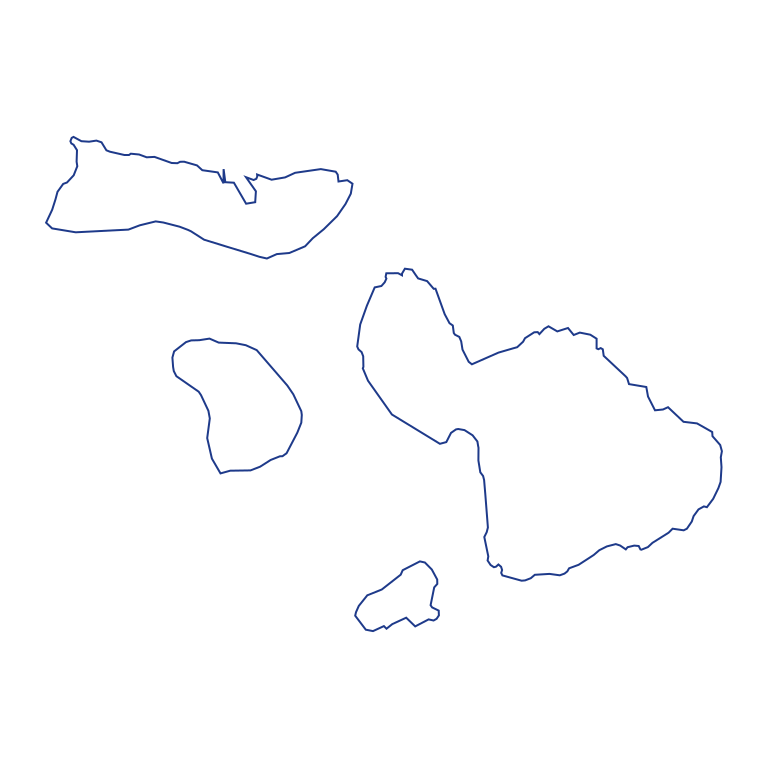 Maui, Hawaii, United States of America
{"feature_id": "52423323B70973006487009", "entity_name": "Maui", "entity_type": "district", "adm_level": 2, "iso_a3": "USA", "parent_name": "United States of America", "parent_adm1": "Hawaii", "projection": "equal_earth", "projection_center": [-156.639, 20.866], "detail": "fine", "context": "isolated", "style": "outline", "palette": "blue", "viewbox_px": 768, "rotation_deg": 0, "n_neighbors": 0, "source": "geoboundaries", "source_scale": "gbopen_adm2", "svg_char_len": 3482}
<svg xmlns="http://www.w3.org/2000/svg" viewBox="0 0 768 768"><path d="M357.2,346.5L358.5,349.4L361.6,352.1L363.2,356.3L363.4,366.9L362.8,368.3L368.0,380.7L391.9,414.5L439.9,443.8L446.3,442.1L451.0,432.9L456.0,429.4L458.2,429.0L464.5,430.1L472.6,435.3L477.4,441.5L478.1,445.8L478.5,447.8L478.4,460.5L480.3,472.3L483.1,476.0L484.1,480.0L485.3,494.2L487.9,527.5L486.7,532.2L484.3,537.0L488.3,556.4L487.6,560.5L490.6,565.0L493.9,567.2L496.0,566.7L498.4,564.5L501.1,566.8L501.4,567.8L502.1,570.0L501.2,572.9L502.4,575.4L521.6,580.7L525.1,580.4L530.8,578.2L534.8,574.8L549.5,573.9L559.8,575.3L564.5,573.6L567.3,571.4L569.1,568.3L578.6,564.8L588.5,558.4L593.7,555.0L599.3,550.2L606.9,546.4L615.8,544.1L620.1,545.5L625.8,549.4L627.6,547.2L634.2,545.6L638.7,546.0L640.4,549.4L641.4,549.7L647.9,547.1L652.5,542.8L668.6,532.7L672.6,528.7L683.7,530.3L686.9,528.7L691.8,521.5L693.6,516.1L698.5,509.4L703.9,506.4L706.9,507.2L713.2,498.8L718.4,488.1L720.6,481.9L721.5,467.2L720.8,457.3L721.9,451.2L720.2,445.0L712.5,436.2L712.2,432.0L697.0,423.4L683.5,421.8L668.0,407.2L663.0,409.5L655.0,410.3L648.0,396.5L646.3,387.0L629.0,384.1L627.1,378.0L625.7,376.4L603.7,355.8L602.8,349.3L600.7,348.1L598.3,349.2L596.6,348.4L596.6,338.7L590.3,334.7L579.8,332.6L573.7,335.0L568.0,328.0L557.3,331.4L548.5,326.3L544.3,328.8L539.4,334.1L537.7,332.1L534.2,332.3L525.0,338.2L523.1,341.7L517.2,347.2L512.9,348.4L498.5,352.6L484.4,358.8L471.9,364.3L469.1,362.1L468.7,361.8L462.5,349.6L461.2,341.4L459.3,336.9L455.0,334.7L453.8,333.0L452.8,325.5L449.5,323.2L444.7,314.2L435.5,288.7L433.7,288.8L427.1,281.1L418.1,278.4L415.7,275.0L412.1,269.7L404.9,268.7L402.0,273.6L402.0,275.3L398.1,273.2L386.3,273.3L385.6,276.9L386.4,278.6L384.7,282.3L381.4,286.0L374.7,287.4L366.9,305.7L360.2,324.5L357.2,346.5ZM197.0,165.4L184.1,161.7L180.1,161.8L177.4,163.2L171.7,163.0L154.5,156.9L146.7,157.3L139.1,154.5L130.8,153.7L129.0,155.0L124.4,155.0L109.9,151.7L106.4,150.3L101.5,142.3L96.4,140.6L89.1,141.7L81.4,141.2L73.5,136.9L71.7,137.9L70.4,141.2L71.3,143.4L73.6,144.8L77.0,150.2L76.6,161.7L77.3,166.2L73.7,175.3L67.0,182.5L63.2,183.9L57.5,191.8L55.5,199.3L52.2,209.7L46.1,222.7L52.1,228.4L75.7,232.3L128.4,229.6L139.8,225.3L155.7,221.4L163.3,222.5L179.6,226.7L188.0,229.9L191.0,231.3L204.1,239.7L227.8,247.0L250.8,254.0L259.4,256.8L266.9,258.5L276.8,254.1L289.3,253.0L305.1,246.3L312.8,238.2L323.8,229.2L337.1,216.1L345.5,204.0L350.8,193.7L352.5,183.7L347.3,180.2L338.5,181.5L337.7,174.6L335.7,171.7L320.8,169.1L295.1,172.8L285.1,177.4L271.6,179.7L257.1,174.5L257.3,176.3L256.3,178.8L253.6,180.0L246.0,177.2L255.9,191.3L255.2,202.2L246.1,203.7L233.9,182.7L225.3,182.2L223.6,169.1L223.5,183.3L217.8,172.4L202.3,170.2L197.0,165.4ZM172.4,357.6L173.1,367.0L173.8,371.1L176.4,376.2L198.7,391.7L201.0,395.1L208.4,410.8L209.8,418.4L207.2,438.1L211.9,458.6L220.5,473.4L230.2,470.7L250.5,470.4L260.1,466.7L270.6,460.0L279.9,456.3L282.5,456.2L286.6,453.2L297.3,432.7L301.3,422.7L301.8,415.0L301.3,411.2L293.3,394.3L287.3,385.5L256.7,350.1L245.8,345.2L236.1,343.3L218.7,342.6L209.5,338.6L199.2,340.2L191.2,340.4L186.0,342.1L174.1,351.4L172.4,357.6ZM356.0,612.2L355.2,615.7L365.8,629.7L373.0,631.1L383.9,626.1L386.5,628.7L392.3,624.1L406.2,617.7L415.2,626.4L428.6,619.4L433.6,620.5L436.6,618.8L438.9,615.4L438.7,610.6L432.1,607.4L430.6,605.2L434.2,587.4L437.3,583.9L437.2,579.5L431.8,569.5L424.9,562.5L419.9,561.4L402.7,570.2L400.7,574.7L381.8,589.5L367.3,595.3L358.8,605.9L356.0,612.2Z" fill="none" stroke="#1e3a8a" stroke-width="2"/></svg>